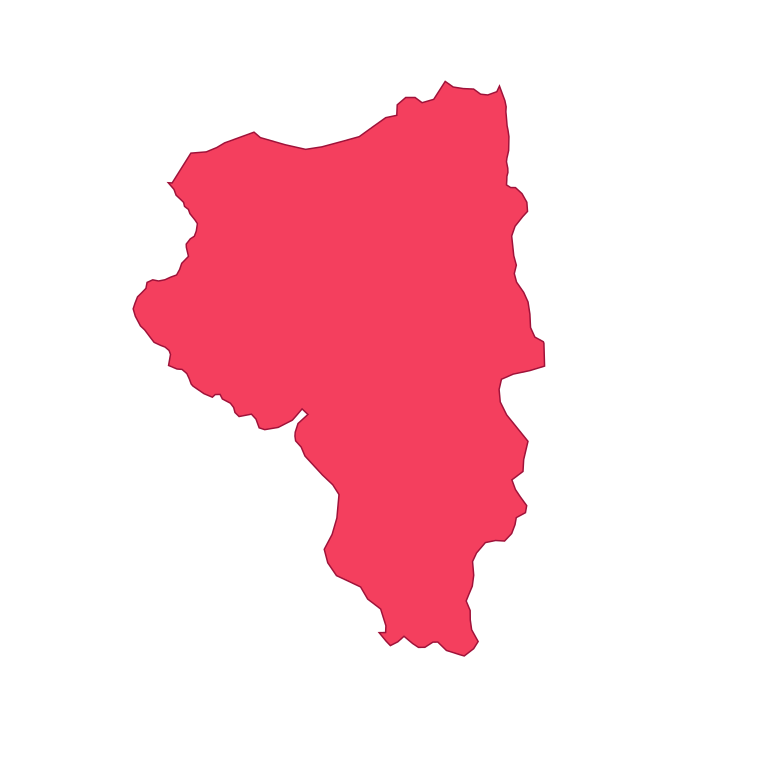 the district of Tanah Merah, Kelantan, Malaysia, rotated 340°
{"feature_id": "92858781B67391800412495", "entity_name": "Tanah Merah", "entity_type": "district", "adm_level": 2, "iso_a3": "MYS", "parent_name": "Malaysia", "parent_adm1": "Kelantan", "projection": "mercator", "projection_center": [102.021, 5.718], "detail": "fine", "context": "isolated", "style": "filled", "palette": "rose", "viewbox_px": 768, "rotation_deg": 340, "n_neighbors": 0, "source": "geoboundaries", "source_scale": "gbopen_adm2", "svg_char_len": 2499}
<svg xmlns="http://www.w3.org/2000/svg" viewBox="0 0 768 768"><g transform="rotate(340 384 384)"><path d="M250.1,121.1L253.2,129.3L253.2,135.5L255.8,140.6L257.8,144.8L257.3,148.9L259.9,153.0L259.9,157.6L262.5,165.3L263.5,169.5L259.9,176.1L256.3,180.3L251.7,181.3L246.0,184.9L245.0,188.0L243.9,197.2L235.2,201.4L231.1,206.5L226.4,210.6L220.3,210.6L213.6,211.1L207.4,210.1L202.3,207.0L196.1,207.5L193.0,212.7L187.9,215.2L182.2,217.8L177.6,223.0L174.0,227.6L173.5,235.3L175.0,246.1L177.6,251.3L178.6,254.6L180.7,261.5L182.2,266.2L187.3,271.3L190.9,274.4L193.5,279.0L193.5,283.2L187.9,292.9L194.6,299.1L199.2,301.2L202.3,306.8L202.8,312.5L202.8,318.1L203.8,320.7L211.5,331.5L218.2,337.7L221.8,336.2L226.4,337.7L227.0,342.8L233.1,349.5L234.7,354.7L234.2,359.8L236.7,365.0L249.1,367.0L251.7,373.2L251.7,378.3L251.7,382.5L256.3,386.1L269.7,388.6L285.6,386.6L291.3,383.5L298.5,379.4L302.1,386.6L289.7,391.7L284.1,398.9L282.5,402.5L281.5,407.2L284.6,414.9L285.1,424.7L295.1,448.6L301.4,461.2L303.9,472.5L293.9,493.8L283.8,507.6L271.3,518.9L270.0,532.8L273.8,547.8L292.6,566.7L295.1,580.5L303.9,594.3L303.1,611.9L300.5,618.1L294.4,616.0L298.0,626.3L300.5,632.0L308.8,631.0L316.5,627.9L322.1,637.6L326.3,643.3L332.4,645.4L336.3,644.5L341.7,643.3L346.3,644.9L351.5,655.7L362.8,664.4L366.4,667.0L377.7,663.4L384.4,658.2L382.3,644.9L384.4,635.1L387.5,626.3L387.0,616.0L391.6,610.9L397.8,604.2L402.9,594.4L406.5,581.1L413.2,574.4L425.0,567.7L435.3,569.2L443.6,572.8L452.8,568.2L459.0,561.0L462.6,554.8L472.9,553.3L476.5,547.1L473.4,536.3L471.4,528.1L471.4,517.8L484.7,513.7L489.4,502.8L499.7,487.1L488.7,455.0L487.1,440.6L490.3,428.5L496.0,419.7L508.8,418.9L525.7,421.3L541.0,422.1L548.2,400.4L548.2,398.8L541.8,391.5L541.0,381.1L545.0,368.2L547.4,356.2L546.6,345.7L543.4,333.6L544.2,324.8L549.0,317.6L549.8,307.9L554.6,288.6L561.1,280.6L571.5,274.2L577.9,270.9L580.4,262.1L578.8,252.4L574.7,244.4L570.2,242.7L567.2,238.8L569.2,234.2L570.5,230.9L572.8,227.6L574.1,223.6L575.1,217.0L576.8,213.7L578.7,210.8L581.0,207.2L586.0,194.3L587.3,188.1L588.0,183.4L590.6,173.9L591.6,169.9L593.6,165.3L594.5,159.1L594.4,143.5L590.0,147.9L580.4,147.9L573.9,144.7L569.1,137.5L559.5,133.5L550.6,128.6L545.0,120.6L528.1,133.5L516.0,132.7L511.2,125.4L502.4,122.2L491.9,126.2L487.9,135.9L476.7,134.3L462.2,138.3L445.3,143.1L425.2,141.5L406.7,139.9L390.6,136.7L373.0,125.4L352.1,110.2L348.0,102.9L316.7,102.9L307.7,104.6L296.4,105.1L281.5,101.0L253.7,122.6L250.1,121.1Z" fill="#f43f5e" stroke="#9f1239" stroke-width="1.5"/></g></svg>